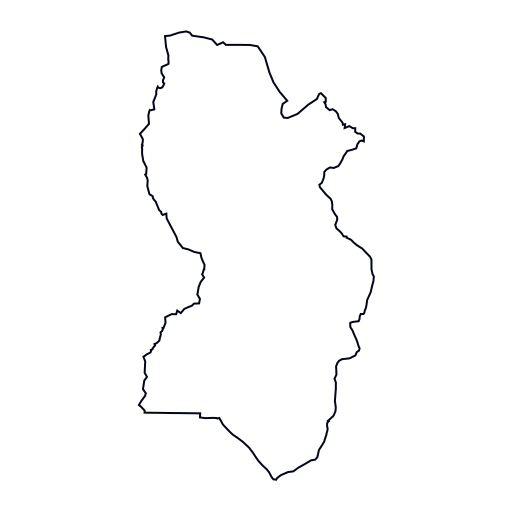 outline of Todee, Montserrado, Liberia, rotated 181°
{"feature_id": "62588387B18343621802172", "entity_name": "Todee", "entity_type": "district", "adm_level": 2, "iso_a3": "LBR", "parent_name": "Liberia", "parent_adm1": "Montserrado", "projection": "natural_earth1", "projection_center": [-10.474, 6.631], "detail": "fine", "context": "isolated", "style": "outline", "palette": "ink", "viewbox_px": 512, "rotation_deg": 181, "n_neighbors": 0, "source": "geoboundaries", "source_scale": "gbopen_adm2", "svg_char_len": 5798}
<svg xmlns="http://www.w3.org/2000/svg" viewBox="0 0 512 512"><g transform="rotate(181 256 256)"><path d="M350.8,474.3L349.6,463.5L348.9,461.2L347.1,455.0L347.1,454.2L347.2,450.7L346.9,449.9L346.8,447.4L346.8,446.7L348.1,445.9L352.5,443.9L353.5,443.4L353.7,441.9L354.0,440.0L353.8,438.8L353.6,437.2L352.5,435.4L352.0,434.5L350.9,433.1L351.5,431.5L352.1,429.9L352.1,429.3L352.1,429.2L352.1,428.8L352.0,428.0L351.4,427.4L351.3,427.2L350.8,426.9L350.9,426.7L351.1,425.9L352.1,423.8L353.1,422.8L353.4,422.5L354.6,422.2L354.9,422.1L356.7,422.7L357.2,423.5L357.7,422.4L358.7,418.7L358.6,418.1L358.5,415.9L361.4,408.2L360.2,400.8L360.3,400.7L361.8,400.5L362.8,400.1L364.1,399.9L364.7,399.8L364.8,399.9L364.9,399.7L365.3,398.7L366.1,394.5L365.3,386.3L369.5,381.3L370.2,380.5L373.1,377.3L374.2,376.1L373.6,375.1L371.9,372.2L371.2,370.9L371.2,369.0L371.3,367.6L371.4,367.3L372.0,365.2L371.3,364.8L371.5,363.6L372.0,363.3L371.8,360.8L371.7,360.8L371.7,357.8L371.7,356.6L371.3,354.0L370.3,348.8L370.2,348.7L367.6,343.8L367.1,342.9L367.0,342.3L366.9,341.8L367.1,338.6L367.2,336.1L368.2,335.5L367.1,333.6L366.3,332.3L365.6,329.7L365.9,324.4L365.9,324.2L365.0,320.7L364.2,318.1L363.9,316.8L363.7,316.2L363.2,315.6L361.5,314.8L360.3,313.8L360.1,312.2L359.1,310.7L357.2,308.5L356.2,306.2L353.6,300.1L352.7,299.4L351.6,298.5L351.3,296.8L350.0,295.4L347.7,296.3L346.4,296.8L346.0,292.1L343.4,287.3L343.1,286.8L342.0,284.7L340.2,281.5L339.8,280.7L339.7,280.6L335.8,273.5L335.5,272.4L334.6,269.4L334.4,268.8L332.4,266.5L331.2,265.1L330.7,264.4L329.3,262.7L324.5,261.6L323.4,261.3L321.5,260.5L317.9,259.0L317.0,258.8L312.9,258.1L311.6,257.8L311.4,257.0L310.7,253.9L310.4,253.1L310.3,252.7L310.1,252.2L309.0,249.8L307.9,247.5L307.3,246.3L307.5,242.9L307.5,242.0L307.8,242.0L308.1,241.1L308.9,238.1L309.0,237.9L309.6,236.8L307.5,233.5L310.8,229.2L312.8,224.0L313.0,222.5L313.8,217.3L314.0,216.5L313.2,215.2L311.3,212.1L311.4,211.6L311.7,209.9L312.1,207.6L317.2,207.3L319.2,205.2L319.8,205.0L320.8,204.5L322.7,203.8L323.2,203.5L326.7,201.9L327.2,201.3L330.2,197.6L333.8,200.0L334.8,196.4L339.3,196.4L339.6,196.3L342.7,194.7L343.4,194.3L344.4,193.8L345.8,193.1L345.3,187.5L347.2,182.5L348.2,182.5L347.9,181.3L348.5,179.4L350.1,178.0L349.8,175.8L350.9,171.5L351.1,169.8L353.7,167.2L356.0,166.2L355.3,164.9L357.5,162.2L357.9,160.8L359.5,160.3L359.3,159.1L359.8,157.7L360.3,157.4L362.9,156.1L363.3,155.9L364.1,155.3L366.8,153.3L365.1,149.2L365.0,148.9L364.9,148.6L365.0,146.9L365.0,146.7L365.1,143.3L365.1,142.9L365.2,141.1L365.2,139.3L365.3,137.8L365.3,137.4L364.4,135.8L363.3,133.9L362.9,133.2L363.1,132.9L365.5,129.6L366.7,120.9L366.4,120.5L365.0,118.5L364.2,117.4L363.8,116.9L364.4,114.3L368.1,109.1L370.5,104.9L370.4,104.8L370.0,104.5L368.3,103.3L367.9,102.8L364.6,99.5L364.7,97.7L364.7,97.4L364.2,97.4L348.3,97.5L339.5,97.5L330.8,97.6L309.1,97.7L309.2,93.6L304.7,93.1L303.7,93.0L296.2,93.4L292.4,93.3L291.8,92.8L289.9,93.4L287.5,89.4L286.2,87.0L284.3,85.0L279.5,80.1L276.0,76.9L270.9,73.6L266.1,70.1L259.6,64.3L255.1,58.5L253.4,55.9L252.2,54.2L250.1,51.3L246.0,46.9L243.0,44.2L241.6,43.0L239.1,39.9L236.8,35.7L236.4,35.1L235.2,33.6L234.7,33.0L233.7,32.9L231.9,32.7L231.3,34.0L229.8,35.4L227.1,37.4L223.6,39.0L222.6,39.4L220.4,40.5L215.0,41.3L209.8,45.2L203.4,48.9L197.3,52.7L193.2,53.4L191.1,56.1L191.0,56.8L190.6,58.5L189.7,63.1L186.6,68.1L184.5,71.8L183.9,74.2L182.4,78.9L182.4,79.7L181.6,82.5L181.4,84.8L181.6,85.7L181.9,86.6L182.0,89.7L181.1,91.7L180.6,92.0L181.2,92.4L176.1,97.2L175.5,98.1L175.4,98.3L173.8,102.3L173.6,105.6L173.6,106.2L174.2,110.1L174.3,110.8L174.6,112.0L173.8,125.5L173.9,125.9L173.9,128.4L173.9,130.7L174.9,133.6L175.4,134.6L173.6,138.6L173.5,138.9L173.9,145.6L174.0,147.3L173.2,148.9L172.9,150.3L172.0,151.3L171.4,152.4L170.2,153.2L169.9,153.4L169.5,153.5L168.4,154.3L160.7,155.3L156.5,157.5L155.1,158.2L154.8,158.6L154.6,159.2L154.4,159.5L153.6,161.6L151.3,163.3L151.3,163.6L150.8,165.4L151.5,166.8L151.7,167.3L152.8,170.5L153.1,171.6L154.6,175.3L154.8,175.6L156.0,178.1L158.3,183.4L160.4,186.5L160.5,187.2L160.6,189.3L160.7,190.6L160.3,190.9L158.4,191.7L152.2,192.6L152.0,193.3L151.5,194.4L151.2,197.6L150.2,199.9L147.6,199.8L146.7,201.1L146.3,203.4L146.2,203.7L145.5,205.2L144.8,208.0L144.1,213.9L141.5,219.9L140.7,221.8L139.3,228.4L138.2,232.8L138.1,233.9L137.8,237.5L138.4,238.6L139.2,240.0L140.3,244.8L140.5,254.5L142.0,257.3L146.3,261.6L150.0,265.4L150.4,265.6L155.2,268.5L157.4,270.3L157.7,270.5L158.5,271.1L161.3,273.9L165.7,275.9L165.8,277.0L168.8,277.2L170.6,280.0L172.5,282.0L174.9,284.1L176.0,285.0L177.3,288.4L175.4,293.8L175.7,296.6L177.8,299.2L179.2,301.6L180.6,304.0L180.6,308.3L181.1,311.9L182.4,314.5L186.9,318.5L189.0,321.0L192.7,325.2L193.3,325.9L193.9,328.3L191.4,330.4L189.9,334.4L189.2,337.6L189.2,338.2L189.2,341.2L187.0,343.7L183.6,345.8L179.8,345.4L176.3,346.9L175.4,347.2L173.7,349.6L171.5,353.7L171.3,354.1L170.1,357.3L168.3,359.9L167.0,361.9L166.6,362.6L161.4,364.0L157.6,365.4L156.6,369.4L154.5,372.5L152.1,373.3L150.2,372.5L150.2,377.4L153.9,380.2L156.4,380.2L159.0,381.9L159.0,385.5L161.5,385.5L163.6,386.7L165.0,387.5L169.6,385.5L169.2,389.3L171.4,388.8L171.8,390.8L173.9,393.4L175.6,395.4L176.7,399.5L178.7,402.1L179.5,402.6L182.0,404.1L184.9,403.1L188.6,406.1L189.1,408.9L190.4,411.0L188.9,411.5L189.1,415.3L193.9,419.9L195.7,419.1L197.9,414.0L206.4,408.2L215.6,400.0L217.1,398.7L226.6,394.6L230.6,394.8L233.2,398.9L233.1,402.5L233.0,403.8L231.9,408.6L227.5,411.7L231.3,416.1L235.3,420.6L238.4,425.3L240.1,427.8L241.5,429.8L245.9,440.0L246.8,442.9L250.6,455.1L257.4,464.9L258.0,465.7L265.9,466.9L277.7,466.8L283.1,466.7L289.9,466.6L291.0,467.7L292.6,469.1L298.5,466.3L303.6,471.7L312.0,473.7L312.8,473.8L323.7,475.2L324.1,475.7L324.9,476.7L326.1,478.2L329.8,479.3L336.9,478.0L345.7,474.9L350.8,474.3Z" fill="none" stroke="#020617" stroke-width="2"/></g></svg>